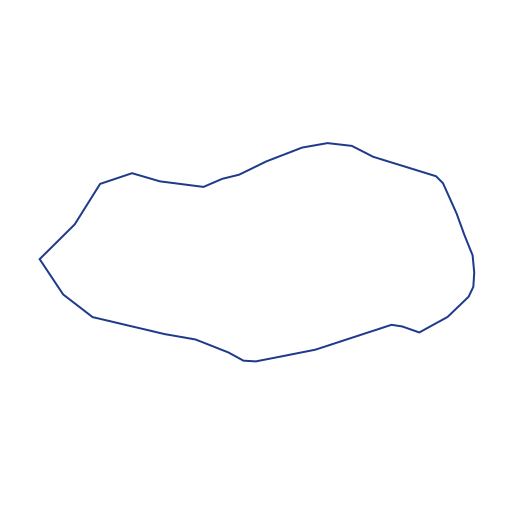 Qatar, Albers equal-area conic projection, rotated 264°
{"feature_id": "QAT", "entity_name": "Qatar", "entity_type": "country or territory", "adm_level": 0, "iso_a3": "QAT", "parent_name": "Asia", "parent_adm1": "", "projection": "albers", "projection_center": [51.193, 25.359], "detail": "fine", "context": "isolated", "style": "outline", "palette": "blue", "viewbox_px": 512, "rotation_deg": 264, "n_neighbors": 0, "source": "natural_earth", "source_scale": "50m", "svg_char_len": 570}
<svg xmlns="http://www.w3.org/2000/svg" viewBox="0 0 512 512"><g transform="rotate(264 256 256)"><path d="M277.1,460.0L254.9,465.5L234.0,471.5L216.6,471.3L202.6,468.9L193.3,463.2L175.4,440.2L162.9,410.4L170.7,393.9L173.4,383.5L156.6,305.1L151.2,244.9L153.2,232.6L163.0,218.4L179.3,187.1L187.9,156.9L212.3,87.1L237.9,60.2L275.5,40.5L306.4,79.0L344.0,108.5L351.3,141.4L340.3,168.2L330.2,211.0L336.3,230.6L338.6,247.6L349.0,276.1L359.0,313.1L360.8,338.9L355.5,362.8L342.4,382.9L316.5,443.4L308.8,449.6L277.1,460.0Z" fill="none" stroke="#1e3a8a" stroke-width="2"/></g></svg>